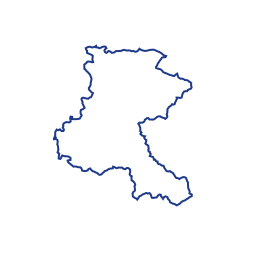 Mococa, São Paulo, Brazil (Mercator projection), rotated 67°
{"feature_id": "56859067B41359481852892", "entity_name": "Mococa", "entity_type": "district", "adm_level": 2, "iso_a3": "BRA", "parent_name": "Brazil", "parent_adm1": "São Paulo", "projection": "mercator", "projection_center": [-47.017, -21.449], "detail": "fine", "context": "isolated", "style": "outline", "palette": "blue", "viewbox_px": 256, "rotation_deg": 67, "n_neighbors": 0, "source": "geoboundaries", "source_scale": "gbopen_adm2", "svg_char_len": 4956}
<svg xmlns="http://www.w3.org/2000/svg" viewBox="0 0 256 256"><g transform="rotate(67 128 128)"><path d="M134.2,90.1L133.4,87.9L132.5,87.1L130.9,87.2L129.4,85.9L127.6,85.0L126.0,84.3L125.4,83.2L124.6,81.8L124.2,79.4L123.3,78.2L124.3,76.8L124.1,75.5L122.9,74.7L122.2,73.7L121.3,72.8L120.5,71.7L119.0,71.4L119.6,69.9L120.7,68.4L120.9,66.7L118.2,64.7L117.1,63.4L116.4,62.2L116.6,60.4L117.2,59.3L116.4,58.1L116.3,54.5L115.3,53.5L113.3,53.3L111.5,52.3L110.2,52.7L109.4,53.6L108.0,54.0L106.8,55.4L106.1,56.9L104.9,57.6L103.6,59.1L103.1,60.5L102.1,61.2L101.1,61.8L99.7,61.8L97.2,61.5L97.5,63.4L98.3,65.3L97.0,66.8L96.0,68.0L94.9,69.4L93.9,70.2L92.7,71.4L90.5,73.7L88.7,74.1L87.0,74.9L86.0,76.0L84.6,77.9L83.6,78.7L82.6,78.2L81.7,76.7L80.4,75.5L79.5,74.0L78.4,72.4L77.5,70.7L76.5,69.3L76.8,67.7L77.4,65.7L76.6,64.8L75.3,66.5L73.6,67.4L72.2,68.0L69.9,69.9L68.7,71.1L67.4,72.2L66.0,73.7L65.5,74.8L64.8,76.9L64.6,78.1L64.4,79.4L64.1,81.2L63.4,82.7L62.6,83.8L61.8,84.8L60.8,85.8L59.5,86.5L60.8,88.7L61.0,90.5L60.4,91.9L59.1,93.0L58.8,94.5L57.7,95.7L56.8,96.9L56.5,98.3L55.7,99.6L54.9,100.5L54.2,102.0L54.4,104.0L54.0,105.1L53.4,106.9L52.5,109.0L53.1,111.3L52.4,113.6L50.3,114.7L49.5,116.0L50.1,117.3L50.4,118.6L49.2,119.5L47.6,119.5L46.7,118.6L46.1,116.7L44.4,116.9L43.6,118.3L43.3,120.0L43.5,121.6L43.4,123.1L42.1,124.3L41.3,125.8L40.0,125.4L40.3,127.0L39.9,129.5L38.3,131.3L37.8,133.3L38.0,135.7L39.5,135.9L41.0,135.5L42.8,136.4L44.4,134.9L46.7,132.7L47.8,132.2L50.9,134.0L52.4,134.2L53.7,134.4L53.4,135.5L52.5,136.4L51.5,138.1L51.1,139.5L51.9,141.0L52.6,143.5L54.7,144.3L56.6,145.1L57.5,144.3L59.2,144.0L61.1,143.1L62.4,142.7L64.0,142.1L66.2,142.2L67.8,142.2L69.5,142.9L71.0,144.1L72.1,144.8L73.9,145.7L75.0,147.0L75.8,148.4L77.2,148.9L78.7,148.4L80.7,147.7L82.2,146.6L85.1,149.8L85.0,151.5L85.5,153.2L84.7,154.6L83.7,155.9L82.7,157.2L82.4,158.4L83.1,159.5L84.7,159.7L85.8,159.6L87.6,160.3L92.5,160.1L93.0,162.0L93.0,164.2L94.4,165.3L96.4,166.0L98.1,165.6L98.9,166.6L100.5,168.8L100.1,170.7L99.5,172.5L98.8,174.3L98.0,175.8L95.9,175.1L95.1,176.5L96.5,177.5L97.9,177.7L99.5,178.2L100.0,179.5L99.4,180.9L98.6,182.0L98.4,183.8L98.7,185.5L99.8,186.6L101.2,186.8L102.1,187.9L104.4,187.6L105.5,188.6L104.8,190.4L102.6,191.2L102.8,193.0L101.6,194.2L103.1,196.3L104.6,197.2L106.0,197.6L107.0,198.6L108.2,198.2L108.4,200.1L109.4,200.5L109.9,198.7L111.2,197.7L112.9,197.9L115.5,199.5L117.2,199.5L118.6,200.0L120.5,200.4L121.8,201.4L123.1,202.4L124.7,201.3L126.1,202.2L127.6,203.1L129.1,203.7L130.0,202.4L129.2,200.9L128.2,200.4L127.6,199.3L128.5,198.2L129.4,197.1L130.1,195.4L131.2,193.8L133.1,192.6L134.9,193.4L134.6,194.7L134.4,196.3L135.8,196.5L137.3,195.9L139.9,194.4L142.1,193.4L142.7,192.0L143.4,190.5L144.8,188.9L145.5,187.3L146.7,186.7L148.0,186.7L149.2,186.9L150.2,185.6L151.0,184.2L151.3,181.8L150.4,180.5L150.4,178.7L151.9,178.3L152.9,177.9L153.9,177.4L155.0,176.1L156.2,175.2L157.6,173.8L159.0,173.3L160.1,172.4L160.3,170.6L159.5,168.7L159.1,167.3L158.5,166.1L158.8,164.4L158.3,161.9L158.4,160.2L158.9,158.9L159.2,157.7L157.8,156.8L158.9,155.5L159.9,154.8L160.7,153.9L160.7,151.9L161.4,150.8L162.1,148.9L163.9,148.0L164.9,146.6L164.3,144.6L164.9,143.5L166.8,142.4L168.8,142.9L169.9,143.6L171.3,144.6L172.6,144.5L173.9,143.4L174.7,144.1L175.8,144.5L177.6,145.1L179.1,144.0L181.2,143.4L183.1,143.5L184.2,144.8L186.2,145.3L187.8,145.7L188.6,146.6L189.1,148.4L190.2,149.5L191.5,149.8L192.9,150.3L195.2,148.9L196.4,147.7L197.5,147.5L196.8,146.2L196.1,145.3L195.3,144.2L195.4,142.3L194.9,140.8L194.9,139.4L195.0,138.0L194.9,136.6L196.1,135.4L196.3,133.7L197.7,133.1L199.9,133.2L201.5,133.3L202.1,132.4L202.6,130.4L203.1,128.7L201.9,126.8L201.5,125.0L202.3,123.9L203.8,124.3L205.6,123.6L206.9,123.4L205.6,121.7L205.6,120.1L207.1,118.7L209.1,118.9L210.5,118.2L211.7,118.1L212.9,118.2L215.0,116.4L216.3,114.7L218.2,113.5L217.9,109.7L217.2,108.4L216.9,107.1L216.7,105.7L216.9,103.9L216.4,101.8L216.3,100.3L215.9,99.0L215.7,97.7L215.7,96.0L214.1,95.3L212.2,97.0L210.7,96.1L209.1,95.9L207.1,96.1L204.2,95.2L201.6,94.1L199.6,94.3L196.7,94.1L195.7,94.8L194.9,95.9L194.7,97.5L194.7,99.1L195.1,100.7L193.5,101.8L192.9,103.1L190.7,103.7L189.5,103.7L188.3,104.1L187.0,104.1L185.8,105.3L184.0,106.2L183.8,107.9L182.6,109.4L180.4,109.8L178.8,110.1L176.6,110.0L176.1,111.3L174.9,112.1L173.9,112.6L173.2,113.9L172.0,114.5L170.5,113.9L169.3,115.3L167.9,115.3L167.3,116.6L166.2,116.2L164.3,116.4L163.3,117.8L162.3,118.9L160.7,117.2L159.6,117.5L158.4,117.2L157.7,118.2L156.0,117.9L155.1,116.9L153.9,116.8L152.4,116.3L151.0,116.8L150.0,117.8L148.9,118.0L148.2,117.1L146.3,115.8L144.9,116.7L143.3,116.9L142.3,115.6L141.5,116.9L140.0,118.2L138.3,118.9L137.4,117.3L135.6,118.0L134.3,117.2L132.8,116.7L130.0,116.5L128.1,116.8L127.5,115.5L128.1,114.3L128.8,112.0L128.3,110.3L127.0,109.3L126.8,108.1L126.3,106.7L126.9,105.4L128.5,105.0L130.2,101.3L129.9,99.3L129.3,97.3L129.2,95.3L130.0,93.6L131.0,93.2L132.2,91.8L132.9,90.9L134.2,90.1Z" fill="none" stroke="#1e3a8a" stroke-width="2"/></g></svg>